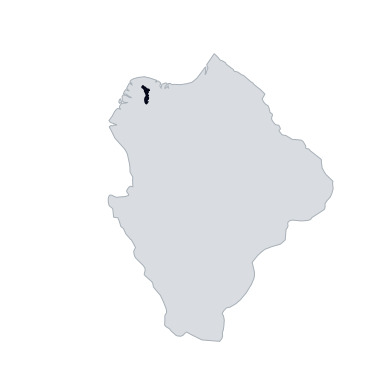 Sagbama, Bayelsa, Nigeria shown in context, rotated 127°
{"feature_id": "59680162B84100135495566", "entity_name": "Sagbama", "entity_type": "district", "adm_level": 2, "iso_a3": "NGA", "parent_name": "Nigeria", "parent_adm1": "Bayelsa", "projection": "natural_earth1", "projection_center": [6.208, 5.097], "detail": "fine", "context": "in_parent", "style": "filled", "palette": "ink", "viewbox_px": 384, "rotation_deg": 127, "n_neighbors": 0, "source": "geoboundaries", "source_scale": "gbopen_adm2", "svg_char_len": 5880}
<svg xmlns="http://www.w3.org/2000/svg" viewBox="0 0 384 384"><g transform="rotate(127 192 192)"><path d="M294.6,80.0L304.2,95.1L306.3,106.4L307.1,112.0L308.7,112.6L311.6,112.9L313.8,114.0L315.1,115.9L315.9,117.6L316.1,118.6L315.5,125.4L314.8,127.8L315.2,131.2L315.1,132.6L314.8,133.6L313.5,134.7L311.7,135.8L307.4,139.0L306.2,139.5L304.4,139.5L302.8,140.3L301.0,142.1L297.0,148.5L293.6,155.0L291.2,165.5L288.2,168.8L287.7,171.7L287.2,178.3L286.8,180.2L286.3,180.8L283.1,182.1L281.2,183.6L280.1,186.5L278.7,196.6L278.2,198.3L277.2,200.0L275.5,201.9L274.1,203.0L270.3,203.7L266.8,211.3L266.8,212.6L265.3,219.5L262.5,224.7L262.4,228.0L259.0,232.6L257.2,235.7L259.0,238.9L259.2,239.5L253.3,245.0L253.0,245.8L252.8,249.6L252.3,250.6L251.2,252.0L249.6,253.5L248.0,254.7L246.2,255.6L244.5,255.9L243.5,255.4L242.9,254.2L241.9,249.6L241.4,248.6L240.3,247.7L235.8,242.6L233.0,240.7L232.4,240.9L232.0,241.4L231.2,244.0L230.4,244.9L229.0,245.2L226.5,245.3L224.7,244.9L224.3,244.4L223.4,242.4L217.8,247.0L215.8,248.1L213.3,253.6L209.8,256.3L207.3,258.7L200.8,266.2L199.5,268.5L198.2,271.8L195.4,285.9L190.9,294.7L190.3,296.6L190.1,296.5L189.5,297.3L187.7,296.8L186.9,295.1L185.9,294.9L184.0,292.5L183.6,292.9L185.6,299.0L184.9,301.3L179.3,301.4L174.6,302.2L171.3,302.1L169.7,301.3L168.9,299.0L168.7,299.2L168.5,300.4L167.5,301.4L163.8,301.6L162.2,300.0L160.9,298.3L159.5,297.5L159.7,298.2L161.3,299.9L161.1,302.4L158.1,305.2L156.3,305.4L155.1,304.2L154.5,302.2L154.2,299.2L153.4,297.3L153.0,297.3L153.5,300.5L153.5,303.5L154.9,305.8L152.8,306.5L150.2,306.6L149.9,305.7L149.5,303.8L149.1,303.3L148.6,306.6L143.2,307.5L142.5,307.3L142.3,306.7L142.7,305.8L142.6,304.4L141.5,305.5L141.3,307.8L140.6,308.1L138.6,307.8L136.4,306.6L132.8,303.8L128.4,299.2L127.7,297.1L126.4,294.5L124.1,287.5L124.5,287.2L125.6,287.6L126.0,286.9L124.2,286.4L123.8,285.9L123.7,284.4L123.8,282.5L126.6,281.5L127.2,280.3L127.6,279.2L124.2,280.9L121.0,278.9L120.3,277.7L120.6,276.8L124.3,276.8L125.6,275.9L124.8,275.5L123.4,275.6L122.9,275.0L123.0,273.5L122.5,273.9L121.9,275.1L119.7,276.1L118.5,275.1L118.3,273.0L118.1,272.1L117.0,271.4L113.2,265.8L108.5,261.2L104.3,258.0L97.9,256.5L84.6,256.6L83.8,256.1L84.6,255.4L85.8,254.9L90.1,252.3L89.4,252.0L84.9,253.6L83.4,253.8L81.4,256.9L68.3,257.5L68.3,256.1L68.9,252.1L69.7,249.2L68.8,245.8L68.6,242.8L69.2,241.8L69.4,240.6L69.3,232.7L70.0,231.5L70.0,230.7L68.6,227.4L68.6,224.8L68.4,222.3L67.9,221.1L68.5,211.5L68.3,209.1L68.8,207.4L69.0,203.2L69.0,199.1L69.9,192.7L75.5,191.9L76.9,189.3L77.6,186.1L77.4,183.0L79.2,180.2L81.4,177.7L81.4,175.0L82.0,174.2L83.0,173.6L84.5,173.3L86.2,171.9L87.1,169.6L88.0,165.8L86.6,163.2L86.6,162.6L87.2,161.2L88.1,159.8L88.8,159.3L90.4,159.7L90.9,159.1L92.0,155.0L91.9,153.9L90.4,151.1L89.6,143.5L89.1,142.6L88.0,141.2L84.8,135.9L84.9,133.4L86.2,130.2L87.1,128.6L88.3,127.8L88.5,127.0L88.2,126.1L87.6,125.4L87.4,124.0L88.0,122.0L87.9,119.8L88.2,108.4L90.7,106.2L94.5,102.5L96.3,98.6L97.4,95.7L98.6,85.9L100.6,84.9L104.3,81.3L109.4,79.3L112.6,78.6L118.4,79.0L121.3,78.7L123.8,76.8L124.9,76.2L126.5,75.9L140.8,81.0L142.1,80.7L143.2,81.1L145.0,82.4L149.2,87.1L153.7,94.4L155.1,96.0L156.4,96.8L157.9,97.1L158.9,97.0L159.9,96.3L161.3,94.9L163.4,94.3L165.2,94.4L174.1,88.8L174.9,88.8L180.4,90.0L187.9,95.6L194.0,99.3L198.3,100.5L203.4,101.4L212.0,101.6L218.5,93.8L220.9,92.0L223.7,90.5L229.8,89.0L239.8,88.0L249.2,88.5L255.0,89.8L261.2,92.4L263.8,94.8L268.0,95.2L271.0,94.8L272.0,92.3L274.9,89.1L279.4,86.2L283.1,84.1L286.1,83.1L288.7,80.8L290.9,80.0L294.6,80.0ZM164.1,304.7L162.1,305.5L160.8,305.3L162.6,302.1L163.5,302.8L164.7,303.0L164.1,304.7Z" fill="#d9dde1" stroke="#a8b0b8" stroke-width="1"/><path d="M136.8,293.2L136.9,293.5L137.0,293.6L137.0,293.9L136.9,294.1L136.8,294.6L136.7,294.8L136.8,295.1L137.2,295.2L137.6,295.1L137.9,295.1L138.0,295.1L138.3,295.1L138.5,294.9L138.6,294.5L138.5,294.1L138.5,293.7L138.5,293.4L138.5,293.1L138.6,292.9L138.6,292.7L138.7,292.4L138.8,292.1L138.8,291.8L138.9,291.5L138.9,291.2L138.8,290.9L138.7,290.5L138.5,290.2L138.3,290.0L138.1,289.7L138.4,289.3L138.5,289.2L138.7,289.4L138.8,289.6L138.9,289.9L139.1,290.1L139.2,290.4L139.4,290.8L139.7,290.8L139.9,290.7L140.1,290.3L140.3,289.9L140.4,289.5L140.6,289.2L140.8,288.9L140.9,288.6L141.0,288.5L141.2,288.2L141.4,287.8L141.6,287.5L141.8,287.2L142.0,287.0L142.2,286.7L142.3,286.5L142.5,286.3L142.8,286.2L143.0,286.2L143.3,286.1L143.5,286.1L144.1,286.1L144.6,286.1L144.9,286.1L145.1,286.0L145.4,285.9L145.8,285.6L146.2,285.5L146.4,285.3L146.6,285.2L146.9,285.0L147.1,284.8L147.3,284.6L147.5,284.4L147.7,284.2L147.8,284.0L148.1,283.8L148.3,283.5L148.4,283.3L148.6,283.1L148.7,282.9L148.8,282.6L148.9,282.3L148.9,281.9L148.9,281.6L148.7,281.5L148.3,281.4L148.0,281.5L147.8,281.5L147.4,281.5L147.1,281.5L147.3,281.7L147.4,282.1L147.5,282.4L147.3,282.7L147.3,282.8L147.2,282.8L146.9,282.9L146.7,282.8L146.4,282.7L146.1,282.8L145.9,283.1L145.6,283.2L145.5,283.3L145.2,283.2L144.9,283.2L144.6,283.1L144.2,282.9L143.9,283.0L143.7,283.3L143.4,283.3L143.2,283.4L143.2,283.5L143.0,283.8L142.9,283.9L142.9,284.0L142.9,284.3L143.0,284.4L143.1,284.6L143.1,284.9L143.0,285.0L142.9,285.0L142.7,285.1L142.4,285.1L142.1,285.0L141.9,284.9L141.6,284.9L141.4,284.9L141.2,285.0L141.1,285.3L141.1,285.5L141.2,285.9L141.2,286.0L141.2,286.3L141.2,286.5L141.0,286.8L140.8,286.8L140.7,286.7L140.4,286.7L140.3,286.9L140.2,287.0L140.0,287.3L139.7,287.5L139.5,287.4L139.3,287.2L139.0,287.0L138.8,287.0L138.4,287.2L138.4,287.4L138.3,287.7L138.3,287.9L138.3,288.0L138.1,288.3L137.9,288.3L137.6,288.3L137.4,288.3L137.3,288.2L137.1,288.1L136.9,287.9L136.7,287.7L136.5,287.4L136.4,287.5L136.3,288.0L136.1,288.2L136.2,288.4L136.2,288.5L136.3,288.7L136.4,288.9L136.5,289.2L136.6,289.3L136.8,289.5L136.8,290.0L136.8,290.3L136.8,290.7L136.8,291.0L136.8,291.5L136.7,291.8L136.6,292.1L136.6,292.5L136.7,292.9L136.7,293.0L136.8,293.2Z" fill="#0f172a" stroke="#020617" stroke-width="1.5"/></g></svg>